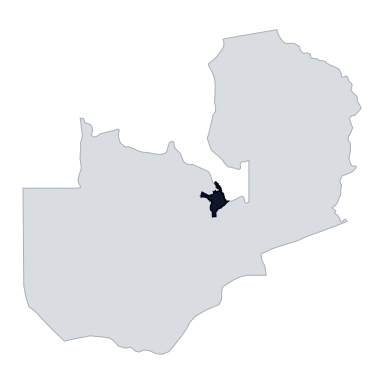 Masaiti, Copperbelt, Zambia (highlighted)
{"feature_id": "96606910B87020590647468", "entity_name": "Masaiti", "entity_type": "district", "adm_level": 2, "iso_a3": "ZMB", "parent_name": "Zambia", "parent_adm1": "Copperbelt", "projection": "robinson", "projection_center": [28.591, -13.342], "detail": "fine", "context": "in_parent", "style": "filled", "palette": "ink", "viewbox_px": 384, "rotation_deg": 0, "n_neighbors": 0, "source": "geoboundaries", "source_scale": "gbopen_adm2", "svg_char_len": 7950}
<svg xmlns="http://www.w3.org/2000/svg" viewBox="0 0 384 384"><path d="M266.1,275.3L246.9,275.3L239.9,277.0L234.1,279.7L227.3,283.8L223.3,286.6L222.3,288.2L221.7,291.7L221.7,297.1L221.0,301.0L219.0,304.6L208.6,308.9L201.8,312.4L195.1,316.6L190.1,322.0L186.7,328.6L181.0,336.9L169.0,351.6L162.1,354.3L156.3,353.7L149.3,350.6L143.7,350.0L139.6,352.0L135.8,351.4L132.3,348.3L129.4,347.2L127.0,348.0L124.0,347.8L118.4,346.1L113.6,340.9L111.0,338.7L109.0,337.9L103.3,337.1L90.1,335.8L76.5,338.4L64.5,341.1L52.2,329.4L40.3,317.0L37.8,313.9L33.3,309.8L30.1,307.7L28.9,306.7L25.6,295.7L23.8,285.6L23.0,188.2L76.9,188.2L80.4,187.7L80.5,186.7L78.0,181.5L78.1,179.7L78.8,176.1L81.1,169.1L81.2,166.7L80.1,159.0L80.2,154.8L80.8,146.1L80.4,143.2L81.6,139.3L82.1,136.7L82.6,135.6L81.9,132.6L80.8,122.3L80.2,118.0L83.4,118.6L84.5,120.7L85.1,123.1L86.6,123.2L90.4,124.6L91.8,126.5L92.7,130.6L92.1,132.7L90.9,134.4L92.1,135.9L94.7,137.0L96.2,136.6L100.5,133.8L104.5,132.8L106.6,132.1L115.5,130.2L117.2,129.2L118.5,129.2L119.4,130.0L118.6,132.9L118.3,135.5L119.4,140.4L120.3,142.7L122.1,144.4L123.5,145.3L125.0,147.0L128.1,146.7L134.9,149.2L137.0,150.4L139.9,151.5L141.9,152.0L149.0,152.8L156.4,154.2L160.2,154.4L163.0,154.0L164.9,153.3L166.1,152.5L166.6,151.8L169.4,142.5L170.8,141.8L172.6,141.3L173.7,142.1L174.9,148.0L180.3,153.3L182.1,157.8L183.5,161.6L184.7,162.6L186.7,164.0L190.0,164.4L192.9,164.5L207.3,171.0L208.9,172.2L210.7,175.7L211.8,179.6L212.9,182.7L214.8,183.3L216.4,183.6L218.1,185.7L219.3,187.5L223.6,195.2L224.2,198.2L226.3,200.3L229.1,201.1L231.7,201.3L233.2,200.3L236.9,198.8L239.8,197.0L241.9,196.3L243.1,196.7L244.1,198.0L244.7,201.8L246.8,203.1L248.3,202.6L248.9,201.1L248.9,200.3L248.9,160.3L247.6,160.6L245.9,161.7L242.1,161.8L240.6,162.7L240.1,164.0L240.4,165.6L240.5,167.9L239.9,169.0L238.3,169.4L235.8,168.5L231.4,167.4L227.8,166.7L225.1,163.7L221.6,159.1L219.2,156.8L213.6,152.1L212.6,151.2L210.9,149.0L209.5,145.2L208.1,140.9L207.3,138.1L208.7,133.9L212.0,120.0L212.7,115.7L215.5,111.3L215.7,107.4L214.5,102.3L214.8,99.5L215.2,83.7L214.5,78.6L212.6,73.1L208.5,65.3L208.6,63.7L214.8,58.6L216.7,56.7L219.9,52.7L222.2,49.2L223.6,46.4L224.0,42.8L223.0,39.3L225.1,38.6L276.8,29.7L277.5,32.1L279.1,36.0L280.8,38.9L283.0,41.5L284.9,43.0L286.2,43.5L294.1,43.3L297.0,44.9L299.5,46.8L300.1,49.9L301.7,51.8L303.5,53.3L304.3,53.4L305.6,53.1L307.7,53.0L309.7,53.7L310.6,54.4L310.7,56.9L311.3,58.0L314.0,58.5L316.7,58.7L319.3,60.4L322.2,60.7L325.5,61.4L327.1,63.3L330.6,65.2L334.9,66.9L339.6,69.7L339.7,70.6L340.5,72.2L341.3,73.4L341.4,75.2L341.8,76.8L343.0,77.2L344.0,77.3L344.9,76.1L346.2,76.2L347.6,76.9L348.1,78.8L349.1,81.3L350.9,83.0L352.1,84.7L351.6,87.7L350.9,90.5L353.3,93.2L356.3,95.8L357.2,97.0L357.4,100.8L357.9,102.1L359.9,105.3L361.0,107.5L360.9,108.7L355.2,115.0L351.7,116.0L350.2,117.3L349.3,118.7L351.5,125.0L352.7,127.4L351.7,130.4L349.4,135.5L348.4,136.0L348.2,139.8L348.9,141.2L350.0,142.3L350.4,145.0L350.3,151.5L348.9,158.9L351.4,165.3L352.2,166.0L355.8,166.1L356.4,166.6L355.5,168.5L353.0,171.3L348.6,173.5L342.1,175.9L340.8,178.3L339.9,181.7L340.6,183.7L341.5,184.8L341.2,187.8L340.6,190.9L340.8,193.4L340.5,195.5L339.6,196.6L338.5,199.9L337.1,203.2L336.0,204.7L334.4,206.3L331.9,207.6L331.9,208.2L334.8,209.8L335.5,210.8L335.8,211.5L334.6,213.2L335.9,214.2L337.5,215.1L339.0,217.3L340.8,221.4L341.1,221.8L341.6,221.9L342.5,221.4L344.3,219.7L345.6,219.1L347.1,221.5L320.3,231.7L314.0,233.8L304.6,237.4L301.5,238.8L299.1,240.1L274.1,248.1L270.2,249.7L261.4,253.7L261.1,254.4L261.2,256.3L261.9,260.1L263.5,263.6L264.8,265.6L265.6,270.7L266.1,275.3Z" fill="#d9dde1" stroke="#a8b0b8" stroke-width="1"/><path d="M221.1,207.7L221.2,207.4L221.4,207.3L221.4,207.1L221.6,207.1L221.8,206.8L221.9,206.7L222.0,206.7L222.2,206.4L222.5,206.3L222.5,206.2L222.8,206.0L222.9,205.9L223.2,205.6L223.3,205.6L223.5,205.4L224.0,205.3L224.1,205.2L224.4,205.0L224.5,204.9L224.7,204.7L225.0,204.4L225.2,204.2L225.3,204.1L225.4,203.8L225.7,203.5L225.8,203.3L225.9,203.2L226.0,203.1L226.3,202.8L226.4,202.7L226.5,202.7L226.7,202.3L226.9,202.2L227.2,202.0L227.3,202.0L227.6,201.7L227.9,201.5L228.0,201.4L227.1,201.5L226.6,201.7L226.4,201.9L226.2,201.9L226.0,202.1L225.7,201.7L225.5,201.4L225.4,201.0L225.6,200.9L225.8,200.6L225.8,200.4L225.7,200.2L225.5,200.3L225.3,200.4L225.3,200.6L225.2,200.6L224.8,200.5L224.8,200.4L224.7,200.2L224.7,199.9L224.8,199.6L224.7,199.3L224.7,199.1L224.5,198.9L224.4,198.8L224.3,198.3L224.3,197.8L224.1,197.2L224.0,196.6L223.6,195.9L223.6,195.7L223.6,195.4L223.7,195.2L223.5,194.9L223.5,194.6L223.5,194.2L223.3,194.0L223.1,193.5L222.9,193.2L222.7,193.2L222.6,193.3L222.5,193.5L222.2,193.5L222.1,193.3L222.1,193.1L221.8,193.1L221.7,193.2L221.5,193.3L221.4,193.0L221.2,192.9L221.3,192.6L221.2,192.3L221.5,191.8L221.3,191.3L221.1,191.2L220.8,191.0L220.8,190.8L220.9,190.7L221.1,190.7L221.3,190.5L221.2,190.2L220.9,190.2L220.9,189.9L220.9,189.4L221.0,189.3L220.9,189.0L220.8,188.8L220.9,188.3L220.8,188.2L220.6,187.7L220.3,187.7L220.1,187.6L219.9,186.9L219.7,186.7L219.6,186.1L218.8,186.2L218.7,185.7L218.0,184.6L218.0,184.4L218.1,184.2L217.9,184.2L217.6,183.7L217.4,183.7L217.2,183.7L217.0,183.3L216.8,183.2L216.7,183.2L216.3,182.6L216.1,182.5L215.9,182.0L215.7,182.1L215.3,182.1L215.1,182.3L215.1,183.3L215.1,183.6L215.2,184.0L215.8,183.9L216.1,184.7L216.4,187.1L216.5,187.1L216.7,186.9L216.8,187.1L217.1,187.2L217.3,187.3L217.7,187.3L217.5,188.4L219.3,188.7L219.6,189.8L219.9,191.0L218.4,191.3L218.2,191.2L217.9,191.2L217.2,191.7L216.9,191.8L216.8,192.0L216.8,192.5L216.7,192.6L215.3,190.8L214.6,191.7L214.2,191.9L213.9,191.9L214.0,192.0L213.9,192.1L214.1,192.3L214.1,192.5L213.9,192.6L214.0,192.8L213.9,192.8L213.9,193.0L213.8,193.3L213.7,193.6L213.6,193.8L213.4,194.0L213.1,194.4L213.0,194.5L212.9,194.6L212.6,194.6L212.5,194.8L212.4,194.8L212.1,194.9L211.8,194.9L211.8,195.0L211.5,195.1L211.4,195.2L211.3,195.3L211.2,195.3L211.0,195.6L210.9,195.6L210.7,195.5L210.4,195.4L210.3,195.5L210.2,195.4L209.9,195.5L209.9,195.4L209.6,195.5L209.4,195.6L209.3,195.8L209.2,195.8L208.8,196.0L208.6,195.9L208.7,195.6L208.4,195.5L205.5,194.1L202.2,192.3L202.1,192.7L201.8,193.2L202.0,193.3L201.9,193.4L201.7,193.5L201.6,193.9L201.9,194.0L202.0,194.3L201.8,194.4L201.7,194.5L201.9,194.6L201.8,194.8L201.7,195.2L201.8,195.4L201.9,195.9L201.7,196.1L201.3,196.1L201.2,196.1L201.3,196.2L201.4,196.3L201.4,196.5L201.5,196.7L201.4,196.9L201.5,196.9L201.8,196.8L202.0,196.8L202.0,196.7L201.9,196.6L202.0,196.5L202.1,196.4L202.3,196.3L202.5,196.5L202.6,196.4L202.8,196.3L203.1,196.6L203.2,196.3L203.4,196.6L203.8,196.6L204.0,196.5L203.9,196.4L204.0,196.4L204.4,196.7L204.6,196.6L204.7,196.8L204.8,196.8L204.9,197.0L205.2,197.0L205.4,197.2L205.5,197.2L205.6,196.9L205.8,197.0L205.8,196.8L205.9,196.7L206.0,196.8L206.2,196.5L206.3,196.7L206.5,196.7L206.5,196.8L206.6,197.0L206.8,197.1L207.0,197.3L207.3,197.9L207.4,198.1L207.5,198.1L207.8,198.2L207.9,198.4L207.9,198.2L208.0,198.2L208.0,198.3L208.1,198.6L208.3,198.8L208.3,199.0L208.5,199.3L208.9,199.4L208.9,199.5L209.0,199.5L209.4,199.8L209.5,199.9L209.9,200.0L210.0,200.0L209.9,200.1L210.1,200.2L210.1,200.3L210.2,200.2L210.3,200.2L210.4,200.3L210.5,200.1L210.9,200.4L211.0,200.3L211.1,200.5L211.3,200.4L211.4,200.5L211.4,200.4L211.6,200.4L211.5,200.8L211.5,201.2L211.6,201.3L211.5,201.6L211.5,201.8L211.7,202.1L211.6,202.3L211.8,202.5L211.7,202.5L211.8,202.8L211.7,202.9L211.6,203.1L211.7,203.3L211.7,203.5L211.5,203.8L211.4,204.1L211.4,204.4L211.4,204.5L211.4,204.9L211.3,205.0L211.1,205.2L211.0,205.3L210.7,205.4L210.5,205.8L210.5,206.0L210.7,206.3L210.6,207.0L210.4,207.4L210.4,208.2L210.5,208.5L210.5,208.9L210.5,209.0L210.7,209.5L210.8,209.6L210.8,210.1L211.3,210.4L211.6,210.6L211.8,210.8L212.4,211.5L212.6,216.7L212.8,216.6L213.0,216.5L215.8,216.5L215.8,215.7L215.8,214.7L215.6,213.1L215.6,212.9L215.6,212.6L215.6,212.3L216.0,211.7L216.5,211.3L216.6,210.8L216.8,210.4L217.1,210.2L217.6,209.8L217.6,209.3L217.3,209.0L221.1,207.7Z" fill="#0f172a" stroke="#020617" stroke-width="1.5"/></svg>